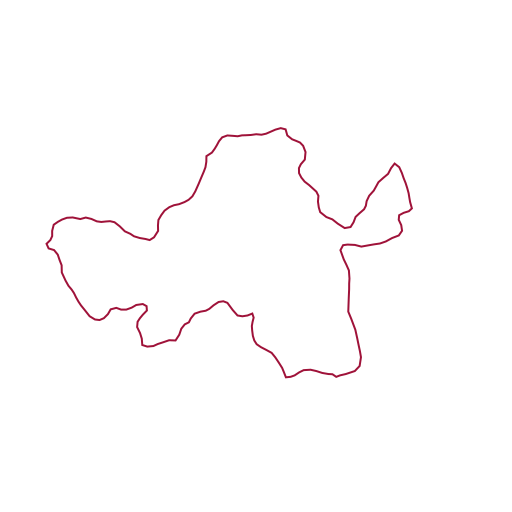 the district of Novorizonte, Minas Gerais, Brazil, rotated 141°
{"feature_id": "56859067B87379220502438", "entity_name": "Novorizonte", "entity_type": "district", "adm_level": 2, "iso_a3": "BRA", "parent_name": "Brazil", "parent_adm1": "Minas Gerais", "projection": "albers", "projection_center": [-42.401, -16.004], "detail": "fine", "context": "isolated", "style": "outline", "palette": "rose", "viewbox_px": 512, "rotation_deg": 141, "n_neighbors": 0, "source": "geoboundaries", "source_scale": "gbopen_adm2", "svg_char_len": 2894}
<svg xmlns="http://www.w3.org/2000/svg" viewBox="0 0 512 512"><g transform="rotate(141 256 256)"><path d="M231.7,364.8L235.3,360.5L239.4,356.8L243.5,354.4L248.6,351.7L255.3,348.1L262.6,344.4L267.9,342.4L273.1,342.1L277.6,342.9L283.2,344.7L287.8,347.1L292.6,348.5L298.5,348.8L303.9,347.4L309.2,345.4L312.9,341.5L316.3,337.1L323.5,334.7L328.6,335.3L331.2,338.8L335.0,343.1L338.4,348.1L339.7,352.3L342.4,357.7L343.2,364.8L344.7,371.3L347.5,374.9L350.8,377.2L354.8,379.8L357.9,383.1L360.6,388.4L364.1,393.0L369.3,395.3L374.2,401.3L378.9,404.7L383.8,406.4L388.3,407.2L393.5,407.6L398.6,403.8L401.9,399.7L405.8,397.8L411.1,397.3L412.4,392.4L409.2,387.7L409.2,381.8L411.1,376.7L412.9,371.1L417.3,365.4L419.5,356.7L420.5,350.8L420.4,346.0L420.8,341.8L421.9,337.0L422.7,332.2L423.1,327.7L423.1,322.4L423.2,313.9L421.1,308.0L417.9,304.7L413.4,303.4L407.7,304.0L402.5,306.0L397.2,303.6L394.6,299.3L390.6,296.0L385.1,294.1L379.9,293.3L374.2,289.9L372.6,285.9L375.1,282.3L380.9,281.6L385.4,280.7L389.4,279.4L393.1,275.6L394.6,269.1L396.8,263.6L400.4,258.4L397.5,254.0L392.4,250.6L387.7,249.4L382.5,247.4L376.5,245.2L371.7,241.0L365.2,243.1L359.8,246.5L354.4,247.7L349.9,246.7L346.0,248.5L340.0,249.8L334.2,247.7L329.5,245.1L325.6,244.3L320.0,244.4L314.0,243.8L309.9,241.4L307.7,237.6L308.1,228.7L307.8,221.4L304.5,217.7L300.0,215.1L295.1,213.6L296.6,209.6L300.2,206.9L303.3,204.2L305.8,200.6L308.7,195.9L310.5,191.4L311.0,187.0L309.5,182.0L307.1,176.5L304.8,170.9L304.8,165.0L305.4,158.6L306.1,152.6L307.3,148.6L309.1,142.9L305.1,140.3L301.1,138.9L295.7,138.4L290.8,137.3L285.2,133.3L281.5,128.6L278.1,123.4L274.0,118.7L271.0,116.0L269.7,111.6L265.7,110.3L260.6,107.8L251.6,104.4L244.7,105.3L238.1,111.3L235.1,116.7L231.8,123.2L229.3,128.0L225.2,136.2L221.5,147.3L219.3,154.7L209.9,165.5L204.5,171.6L200.9,176.0L197.6,179.6L192.9,186.3L191.2,192.6L189.9,198.2L186.7,207.4L181.5,209.6L177.7,207.3L172.2,202.4L168.2,197.0L162.2,193.7L157.0,190.8L151.8,187.7L146.0,185.6L138.9,184.3L132.1,182.1L126.6,183.7L123.7,188.6L122.3,194.3L119.1,197.6L114.0,196.6L109.0,194.6L104.9,194.9L102.3,200.9L100.2,204.7L97.9,208.7L95.7,213.7L93.8,218.6L92.3,223.5L90.4,228.7L88.8,234.9L90.1,240.6L95.7,239.3L101.7,236.7L108.1,236.6L114.4,236.3L118.3,234.7L123.3,232.7L130.1,231.6L135.5,229.0L139.0,225.9L142.6,224.3L148.6,224.1L154.0,223.7L159.0,220.8L164.3,219.0L169.5,221.9L172.1,229.7L173.6,236.4L176.8,242.0L178.5,249.7L176.6,254.3L173.6,259.3L169.6,263.5L168.6,268.0L169.3,272.5L170.1,277.7L171.4,283.2L171.4,288.4L170.4,293.3L167.3,297.3L163.4,299.1L157.4,300.2L152.1,305.6L150.0,312.0L150.4,316.5L152.3,320.1L154.5,324.0L155.8,330.0L153.3,335.8L156.3,339.8L161.4,342.0L166.5,343.4L171.2,344.7L175.4,346.8L179.2,350.5L183.7,353.2L187.3,355.8L191.0,358.6L194.9,360.6L198.1,363.7L202.4,367.7L207.6,369.5L212.5,368.5L216.8,366.7L220.7,365.3L225.2,364.1L231.7,364.8Z" fill="none" stroke="#9f1239" stroke-width="2"/></g></svg>